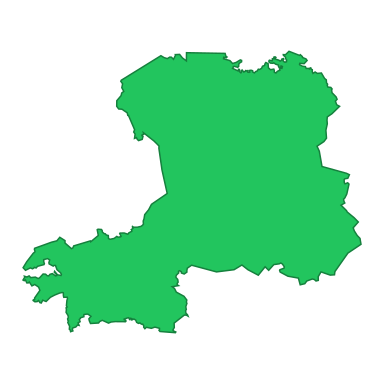 outline of Andrupenes pag., Dagdas, Latvia
{"feature_id": "27541924B25782397713734", "entity_name": "Andrupenes pag.", "entity_type": "district", "adm_level": 2, "iso_a3": "LVA", "parent_name": "Latvia", "parent_adm1": "Dagdas", "projection": "mercator", "projection_center": [27.362, 56.147], "detail": "fine", "context": "isolated", "style": "filled", "palette": "green", "viewbox_px": 384, "rotation_deg": 0, "n_neighbors": 0, "source": "geoboundaries", "source_scale": "gbopen_adm2", "svg_char_len": 5837}
<svg xmlns="http://www.w3.org/2000/svg" viewBox="0 0 384 384"><path d="M175.4,54.6L175.6,55.0L173.5,59.3L171.4,57.2L169.8,57.1L167.3,58.6L164.1,57.6L160.9,55.7L121.3,80.2L120.8,81.3L122.6,83.8L121.8,87.7L123.8,91.4L121.7,93.0L121.1,95.6L116.8,100.7L116.7,106.3L118.7,109.0L121.9,109.2L127.2,112.8L127.8,115.4L128.5,115.5L134.6,129.7L133.7,132.0L135.1,134.1L134.5,138.4L136.4,137.6L137.3,139.4L138.6,140.6L142.2,139.4L143.0,136.3L141.9,135.7L142.1,134.9L143.8,134.2L143.4,132.7L154.0,141.0L159.0,146.0L158.9,148.4L162.0,170.0L167.2,193.5L151.5,204.3L148.6,209.8L144.7,214.6L144.0,218.9L143.2,221.0L143.4,224.2L142.6,225.1L141.2,226.3L137.4,227.2L133.6,227.2L132.5,226.5L132.4,226.9L133.0,228.3L131.3,229.6L131.7,230.0L131.8,231.3L128.9,232.8L127.8,234.2L124.2,233.0L120.0,233.1L119.7,233.6L121.1,236.3L120.7,236.8L118.0,237.2L116.8,236.4L114.2,238.4L110.0,239.3L108.5,238.5L108.3,235.5L106.3,235.0L105.3,233.8L104.1,233.6L102.4,232.1L102.2,230.6L101.5,229.5L98.0,229.2L97.2,229.7L98.3,235.5L90.7,241.8L90.3,240.9L73.7,245.9L72.9,247.9L71.4,248.6L65.0,243.0L65.0,240.6L59.8,237.3L56.9,240.8L51.5,242.2L34.6,248.3L34.4,249.6L35.0,251.3L34.8,252.0L33.2,253.3L26.7,261.8L23.1,267.7L25.5,270.3L30.3,267.9L32.5,268.8L33.8,268.1L34.3,267.3L36.1,268.0L37.6,266.3L44.0,264.6L44.4,263.6L43.8,262.0L43.7,259.6L47.6,258.6L49.7,259.9L48.9,262.6L49.1,263.9L53.2,266.1L54.0,265.4L55.5,265.5L57.0,269.7L60.6,272.8L61.4,274.4L61.0,275.5L57.5,274.8L54.6,271.3L54.3,272.2L56.4,274.4L56.6,275.6L55.5,275.9L52.4,273.6L50.0,274.3L48.7,275.9L47.2,275.7L45.6,274.2L43.1,274.0L39.5,277.9L38.1,278.5L35.4,277.1L30.7,277.6L29.1,275.9L26.9,277.0L24.4,276.2L24.7,277.3L23.0,280.0L24.2,280.7L25.4,279.9L26.8,282.9L28.3,282.9L29.3,282.0L31.9,285.9L34.8,284.5L38.6,287.1L39.9,290.4L34.6,298.0L34.6,299.5L33.3,299.9L33.1,300.5L34.9,301.8L37.2,301.6L38.5,300.5L40.0,302.7L41.3,303.0L42.7,300.2L46.1,301.5L50.4,297.3L54.6,295.1L59.5,293.1L62.2,292.5L63.3,292.8L63.4,295.8L63.8,297.3L67.2,297.2L67.5,298.3L66.9,300.6L66.4,305.8L67.2,307.0L66.1,307.8L66.4,309.5L66.1,312.4L68.2,315.8L68.2,318.0L67.6,318.8L67.8,320.1L68.4,320.8L67.8,322.5L69.6,326.3L69.3,329.2L70.1,329.8L70.6,331.7L72.9,330.9L72.3,329.1L72.9,327.9L75.8,327.0L77.6,325.0L79.1,325.4L78.1,322.8L80.1,321.7L79.3,319.4L80.3,318.6L80.5,317.8L83.9,316.7L83.8,314.8L84.0,314.5L87.0,314.1L88.0,314.2L91.0,316.3L88.9,318.8L89.3,320.8L90.5,323.5L98.6,323.0L99.7,321.5L102.3,320.3L108.5,323.1L111.2,322.0L115.2,321.6L125.5,321.7L125.9,321.3L125.8,320.4L124.2,319.6L124.2,319.0L128.3,317.7L128.8,317.8L129.6,319.6L129.9,319.6L129.8,318.7L130.7,318.2L132.0,318.8L131.5,319.7L131.8,320.0L133.9,319.0L135.7,320.1L136.6,322.3L137.7,323.0L138.7,323.4L139.9,322.9L141.3,324.1L142.8,324.2L143.8,326.0L143.7,327.2L144.9,328.7L146.4,327.3L151.4,328.3L154.9,327.1L159.5,328.3L159.5,329.5L159.0,330.3L160.0,331.5L175.4,332.7L175.8,332.0L173.3,330.8L172.9,330.0L174.3,327.5L174.1,323.1L184.3,315.1L186.3,315.1L188.0,316.1L187.4,314.6L185.9,313.2L185.6,310.5L186.3,309.6L185.8,306.7L186.9,303.4L186.4,302.1L186.8,300.0L184.0,296.3L176.3,292.1L174.5,288.5L172.2,286.7L178.5,285.6L177.2,284.7L177.2,283.3L178.1,282.2L177.9,280.5L177.7,279.4L176.0,277.5L175.9,276.5L176.5,275.0L178.7,272.9L178.5,271.3L179.6,270.7L181.2,271.6L181.4,273.0L184.2,274.0L186.9,272.1L186.8,270.8L187.3,268.2L191.6,265.2L216.5,271.9L234.1,269.7L241.9,265.0L247.9,269.7L258.3,275.2L265.1,266.8L268.7,270.3L273.8,264.6L279.3,263.8L280.8,263.0L282.4,264.0L284.3,266.8L284.0,268.2L279.9,269.7L279.6,270.4L280.2,272.1L287.9,276.2L298.4,278.1L300.2,284.8L304.8,283.7L306.8,281.0L312.3,279.0L314.3,279.5L316.0,281.0L318.3,280.4L318.2,276.7L321.0,271.9L330.2,275.1L334.5,274.8L334.9,271.6L347.9,253.1L361.0,244.3L360.0,238.4L357.2,235.5L354.3,230.9L353.2,227.8L358.3,222.0L354.2,217.8L347.2,212.0L346.5,210.6L341.0,205.2L344.8,203.0L343.9,201.2L343.6,199.1L344.8,198.0L346.8,194.0L349.0,184.1L347.7,182.8L345.0,183.8L344.3,182.7L344.1,179.7L344.8,178.8L347.8,178.3L349.4,174.7L346.5,173.3L322.0,166.5L319.3,151.2L317.0,146.2L323.9,141.6L326.5,138.2L325.9,130.2L327.3,123.8L327.0,120.2L327.3,116.9L332.0,113.7L339.6,106.3L336.9,104.9L336.5,104.2L335.4,101.1L337.1,99.3L336.1,96.9L332.0,92.7L331.6,89.6L332.1,89.0L330.8,87.4L327.9,87.1L327.2,85.3L327.6,84.2L326.5,82.8L326.3,79.8L324.6,78.5L321.4,73.0L317.3,73.4L315.1,72.0L313.0,73.4L312.3,71.8L312.3,69.7L311.2,69.1L310.8,67.9L310.1,67.9L309.4,69.0L308.5,68.4L306.2,68.5L305.4,66.6L302.4,66.2L299.7,64.8L299.5,64.3L299.8,63.3L304.1,63.7L307.1,60.5L306.0,58.9L302.5,57.5L302.4,56.6L300.3,54.7L299.5,55.4L289.0,51.3L285.5,54.7L283.3,54.6L283.4,55.3L285.3,56.9L285.6,57.5L285.5,58.5L286.7,60.1L286.3,61.1L286.5,61.7L285.7,62.1L284.4,62.1L282.9,60.6L282.9,60.1L283.7,59.4L283.4,58.6L281.8,59.1L281.3,60.4L280.2,61.1L278.7,60.1L274.8,58.9L275.9,57.4L275.0,56.8L273.8,57.2L274.1,58.2L273.8,58.7L272.4,58.7L272.4,60.2L272.1,60.8L269.4,60.2L269.0,60.7L268.9,61.9L270.4,63.1L273.0,63.3L273.7,62.8L275.7,64.2L278.5,65.1L278.4,66.2L279.1,67.6L280.8,66.9L281.1,65.9L282.4,66.5L281.9,68.4L280.5,68.2L279.6,69.2L279.9,70.2L277.4,71.3L275.9,73.0L274.4,72.4L274.3,70.4L273.8,69.1L270.5,69.7L268.4,67.8L268.1,63.7L265.9,62.5L265.2,63.3L264.5,65.5L262.5,66.2L261.6,68.3L259.6,69.5L258.3,69.2L257.1,71.1L255.8,71.5L254.4,72.9L252.8,72.1L252.6,70.7L251.0,70.2L249.2,70.5L249.8,72.1L249.2,72.4L247.8,72.2L247.6,70.8L247.1,70.5L246.4,71.0L245.5,70.6L245.2,71.3L243.8,72.0L242.1,70.0L241.5,70.8L241.2,72.7L240.7,72.8L239.4,71.4L239.8,70.3L239.1,69.3L238.5,69.3L238.6,70.5L238.0,70.9L232.6,68.4L233.1,67.8L233.1,67.0L234.0,66.3L237.8,67.3L238.8,66.1L238.6,65.4L239.1,63.4L241.6,61.8L241.6,60.4L240.3,59.9L236.2,62.4L232.6,63.5L229.9,60.6L223.5,58.8L223.7,57.3L225.0,57.6L225.7,56.8L226.3,57.6L227.0,57.0L225.9,56.2L225.1,53.4L186.5,52.7L186.4,60.9L182.4,57.9L179.6,54.4L175.4,54.6Z" fill="#22c55e" stroke="#15803d" stroke-width="1.5"/></svg>